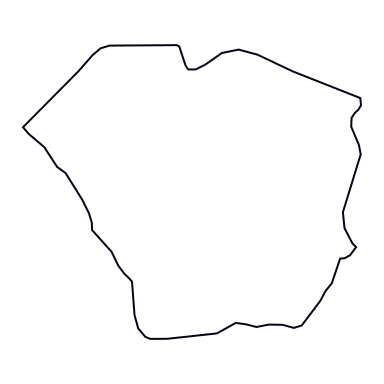 SVG path tracing the border of Oudalan
{"feature_id": "BFA-2805", "entity_name": "Oudalan", "entity_type": "Province", "adm_level": 1, "iso_a3": "BFA", "parent_name": "Burkina Faso", "parent_adm1": "", "projection": "natural_earth1", "projection_center": [-0.325, 14.611], "detail": "fine", "context": "isolated", "style": "outline", "palette": "ink", "viewbox_px": 384, "rotation_deg": 0, "n_neighbors": 0, "source": "natural_earth", "source_scale": "10m", "svg_char_len": 841}
<svg xmlns="http://www.w3.org/2000/svg" viewBox="0 0 384 384"><path d="M176.8,45.1L179.3,46.5L185.5,65.4L188.1,69.4L195.6,69.5L205.3,64.6L221.9,53.0L238.6,49.6L257.3,54.6L293.0,71.5L360.3,98.1L361.0,105.2L358.6,109.4L354.9,112.9L351.6,117.8L351.2,126.7L358.9,144.9L360.7,154.4L342.9,212.2L344.5,228.1L352.4,243.3L356.1,247.1L350.1,255.2L344.7,258.2L340.1,258.6L331.8,283.3L325.6,290.9L320.2,301.0L301.7,325.5L293.9,327.9L282.4,324.8L268.7,324.6L256.5,327.0L246.3,324.4L235.8,322.9L216.9,333.4L167.2,338.8L150.3,338.9L145.4,336.9L138.2,328.4L134.5,314.9L132.0,281.6L128.6,277.8L124.4,273.8L118.3,265.7L111.6,251.8L92.1,230.1L91.8,222.6L89.1,213.6L82.4,200.0L65.6,173.1L57.2,167.0L44.3,147.2L28.7,133.9L23.0,127.2L78.3,71.4L92.7,55.0L95.8,52.4L100.7,48.3L109.5,45.6L168.2,45.2L176.8,45.1Z" fill="none" stroke="#020617" stroke-width="2"/></svg>